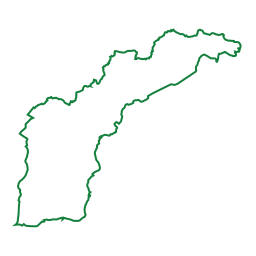 outline of Baru, Hunedoara, Romania
{"feature_id": "2599482B142327649383", "entity_name": "Baru", "entity_type": "district", "adm_level": 2, "iso_a3": "ROU", "parent_name": "Romania", "parent_adm1": "Hunedoara", "projection": "natural_earth1", "projection_center": [23.221, 45.477], "detail": "fine", "context": "isolated", "style": "outline", "palette": "green", "viewbox_px": 256, "rotation_deg": 0, "n_neighbors": 0, "source": "geoboundaries", "source_scale": "gbopen_adm2", "svg_char_len": 5626}
<svg xmlns="http://www.w3.org/2000/svg" viewBox="0 0 256 256"><path d="M195.7,71.6L196.2,70.4L195.9,68.1L196.1,66.6L197.3,64.9L197.6,64.1L198.0,62.4L199.2,59.9L199.3,58.3L201.7,55.7L203.7,54.7L204.6,54.7L207.2,56.0L210.8,58.3L214.9,58.4L216.2,59.2L216.3,61.3L216.9,61.8L217.3,61.3L217.4,60.6L218.1,58.8L218.3,56.1L219.0,53.8L221.3,53.6L222.8,52.7L223.8,52.7L224.5,52.0L225.1,52.0L226.1,52.6L229.4,54.8L230.5,55.3L231.9,55.5L232.9,56.1L233.2,55.9L234.7,56.1L235.7,55.7L236.0,55.0L236.0,54.5L235.1,53.1L235.1,52.6L235.5,52.5L235.0,51.5L235.3,51.5L236.1,52.6L237.0,51.9L238.2,51.4L238.7,51.8L239.0,51.6L239.4,50.8L239.6,49.7L239.1,49.5L238.3,48.4L238.7,48.3L239.8,48.7L239.9,48.1L240.2,48.0L240.3,47.7L240.6,45.3L239.3,42.9L238.1,42.2L234.5,42.0L234.1,41.8L234.0,41.1L233.3,40.8L232.0,41.0L230.9,40.7L228.5,40.7L225.6,39.7L224.2,38.3L223.7,37.3L223.6,36.6L223.3,35.9L223.9,35.1L222.7,34.0L221.3,34.2L220.2,34.8L218.3,35.0L217.2,34.5L216.4,34.5L214.3,33.5L212.5,33.1L211.5,33.4L210.9,34.2L209.6,34.9L208.6,34.4L207.6,34.3L205.2,33.5L204.0,33.4L202.4,30.6L200.6,30.2L200.0,29.7L199.4,30.1L198.4,30.3L197.7,31.8L197.6,33.4L196.9,34.0L196.9,35.0L196.5,35.4L195.4,35.8L194.4,35.5L192.6,36.4L188.3,37.0L187.1,36.5L186.4,35.5L186.1,35.6L185.8,36.2L185.3,36.3L183.9,34.8L182.4,34.0L180.4,34.2L177.0,32.5L176.2,32.4L175.7,31.8L173.6,30.5L173.5,29.7L173.0,29.9L172.3,30.7L171.1,30.0L170.9,30.2L171.3,30.9L170.6,31.5L168.1,31.0L167.6,31.4L167.4,32.1L166.7,32.6L165.8,32.2L165.0,32.4L164.1,34.4L164.0,35.4L163.1,35.7L161.0,37.2L159.3,37.6L159.1,38.1L159.2,38.7L158.3,39.2L158.5,39.6L158.4,39.9L156.3,40.6L154.1,42.6L154.1,43.1L154.5,43.8L154.7,44.5L153.7,46.1L152.6,47.5L152.8,49.7L152.1,50.5L152.8,51.4L151.9,51.9L151.2,52.8L151.8,53.9L151.6,54.6L151.0,55.6L150.9,56.9L150.5,57.2L149.5,57.2L149.1,58.4L146.6,58.4L146.3,58.6L146.1,59.2L145.5,59.4L144.4,58.7L143.1,59.1L141.4,59.0L138.0,58.0L136.4,59.0L135.3,59.1L135.4,58.3L135.3,57.2L135.9,56.5L135.7,55.4L135.9,55.0L136.6,54.5L136.9,52.8L136.7,52.1L135.9,51.9L135.0,50.7L134.5,50.5L133.5,50.4L132.0,50.8L127.5,51.0L124.9,52.4L123.0,52.6L119.0,52.0L117.3,51.3L115.0,51.1L114.8,52.0L114.5,52.4L114.8,52.7L114.9,53.3L114.5,54.1L114.7,54.8L114.5,55.2L114.1,55.3L113.4,56.0L112.6,56.4L111.5,55.9L111.4,56.1L111.5,56.4L110.2,56.8L110.6,57.5L110.4,57.8L110.5,59.5L109.6,60.6L109.4,61.7L108.9,62.0L108.9,63.4L108.2,63.9L107.9,63.8L108.0,64.5L105.7,65.2L105.3,65.5L105.1,66.1L104.6,66.4L103.8,66.3L103.2,67.5L102.9,67.6L103.5,69.2L103.3,69.6L103.3,70.8L104.2,73.0L104.6,75.0L102.4,77.0L102.2,78.4L101.9,78.8L100.6,79.6L99.5,82.5L98.9,83.4L98.2,83.8L97.3,83.7L96.6,82.2L96.1,80.4L94.0,79.7L93.7,80.9L93.9,81.7L93.5,81.8L92.6,83.0L91.3,83.7L90.7,85.0L89.9,85.8L90.3,86.2L89.5,86.0L89.0,86.1L88.0,86.7L87.0,86.6L86.0,86.0L84.5,86.0L83.5,87.3L83.0,88.5L83.0,89.7L82.5,90.2L79.7,91.6L77.7,92.0L76.3,92.6L76.3,94.1L76.5,94.8L76.1,95.5L76.3,97.5L75.6,98.8L75.7,99.8L74.4,101.2L72.3,101.3L72.8,101.9L72.7,102.1L72.0,102.2L70.8,101.5L70.6,102.3L69.8,103.4L69.8,104.4L69.5,104.8L69.1,105.0L66.3,103.4L65.7,103.3L64.7,102.5L63.4,100.5L61.4,99.3L59.8,99.1L58.9,99.3L58.4,98.8L57.0,98.3L56.3,97.8L55.7,97.8L55.4,98.1L54.4,97.9L52.9,98.4L52.7,98.2L52.4,98.3L51.2,97.0L50.8,97.2L51.1,97.6L50.7,97.8L48.2,98.0L47.3,98.6L46.9,99.2L47.5,100.4L45.9,101.5L45.8,102.1L45.4,102.3L44.9,103.3L42.7,104.3L41.9,103.7L37.7,105.3L37.0,106.2L35.9,106.6L34.7,108.1L33.6,107.4L27.7,114.7L33.1,117.9L30.4,119.2L28.9,121.0L25.9,123.8L25.6,124.7L25.7,127.5L24.8,128.6L21.2,131.6L19.8,133.7L24.1,136.8L27.2,138.6L27.3,139.3L26.4,141.7L26.7,143.8L27.2,145.2L25.7,146.5L26.7,147.5L27.7,149.5L28.0,152.1L26.9,157.0L25.4,160.5L25.3,161.1L25.8,162.5L26.8,164.0L27.4,166.5L27.7,169.3L27.4,170.7L25.6,175.4L24.3,177.3L22.2,179.5L19.9,181.3L18.6,183.6L18.0,186.4L18.5,188.1L20.2,189.8L19.9,191.2L20.2,192.7L20.9,194.3L20.6,195.7L19.6,196.7L18.5,200.4L19.5,201.5L19.0,205.1L18.6,213.7L17.6,222.0L16.4,224.0L15.4,224.8L17.6,224.5L19.7,224.5L22.1,225.6L23.8,224.1L25.1,225.2L26.2,225.8L31.3,226.2L36.3,226.3L37.0,226.1L37.9,225.5L42.1,221.5L43.0,221.8L44.3,221.5L44.5,220.5L44.1,220.0L44.5,219.9L46.8,219.6L47.8,220.0L50.3,220.0L52.6,219.4L56.9,219.4L58.5,218.7L62.8,217.6L63.1,217.6L63.1,218.0L62.7,219.3L64.1,218.2L65.1,218.0L66.6,218.7L70.2,219.4L73.5,220.8L78.4,220.9L79.8,220.3L83.1,217.5L84.6,216.9L85.6,214.9L85.5,214.3L85.0,213.2L84.5,209.6L85.1,206.4L85.5,204.9L85.8,204.7L86.1,204.0L87.1,201.5L88.4,199.8L88.5,197.9L88.7,197.4L89.8,196.4L90.0,195.6L88.9,195.9L88.6,195.8L88.5,195.5L89.1,194.4L89.1,193.4L90.3,192.3L89.6,192.1L88.6,189.3L88.5,188.4L87.6,186.9L87.2,185.7L87.5,183.8L88.3,182.3L88.2,180.2L91.9,176.2L93.5,175.5L92.4,174.0L94.7,172.1L98.6,170.4L99.8,169.0L99.9,167.3L98.7,163.1L96.3,159.9L95.1,154.8L94.8,152.6L95.0,151.6L95.8,150.4L96.2,149.1L97.1,147.7L96.9,146.2L97.3,144.9L99.1,143.6L98.8,142.2L99.2,140.9L98.9,140.6L99.7,139.6L100.0,138.6L99.6,138.1L101.1,137.6L100.2,136.8L101.5,135.9L102.6,135.9L104.3,134.9L105.4,134.8L109.3,135.7L110.6,134.3L110.9,134.1L111.6,134.4L112.3,134.1L113.9,133.0L115.0,132.7L115.9,132.0L115.7,131.7L116.0,131.5L116.3,129.1L117.0,128.1L117.1,127.3L115.5,125.9L115.0,125.2L114.6,124.4L114.6,123.7L116.4,122.1L117.6,122.6L118.9,123.8L121.1,121.3L121.4,119.5L122.2,117.2L122.1,115.9L121.5,115.1L121.3,113.9L121.8,112.3L121.7,111.3L122.9,108.8L123.9,108.4L124.7,107.3L125.0,105.9L125.9,104.6L127.2,104.1L127.9,104.4L128.3,104.8L131.0,104.1L133.2,102.9L133.2,101.8L133.4,101.2L135.2,100.2L136.5,100.3L138.0,99.9L139.3,100.4L140.4,101.5L142.1,101.7L146.3,99.6L148.2,98.1L148.0,96.1L153.1,93.1L171.0,84.3L174.7,84.9L177.7,83.7L195.7,71.6Z" fill="none" stroke="#15803d" stroke-width="2"/></svg>